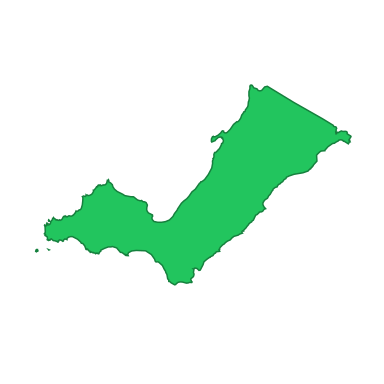 Yorke Peninsula, South Australia, Australia, rotated 31°
{"feature_id": "25037944B39877699410120", "entity_name": "Yorke Peninsula", "entity_type": "district", "adm_level": 2, "iso_a3": "AUS", "parent_name": "Australia", "parent_adm1": "South Australia", "projection": "albers", "projection_center": [137.377, -34.732], "detail": "fine", "context": "isolated", "style": "filled", "palette": "green", "viewbox_px": 384, "rotation_deg": 31, "n_neighbors": 0, "source": "geoboundaries", "source_scale": "gbopen_adm2", "svg_char_len": 6021}
<svg xmlns="http://www.w3.org/2000/svg" viewBox="0 0 384 384"><g transform="rotate(31 192 192)"><path d="M266.1,62.0L233.3,62.8L202.1,62.6L200.2,64.5L199.4,69.1L198.1,70.4L196.4,70.9L194.5,70.1L191.4,70.9L188.7,69.6L187.9,69.7L187.6,70.4L187.1,70.4L187.1,71.4L188.4,73.5L189.1,76.6L191.3,80.3L192.8,81.9L193.8,84.6L193.9,85.7L195.5,89.0L195.8,90.5L195.5,94.2L196.0,95.7L195.1,96.7L195.3,98.2L195.0,100.4L195.7,103.5L195.6,106.4L195.2,107.9L194.7,108.6L194.2,108.7L192.8,112.7L192.5,118.6L191.5,122.7L190.7,123.9L189.7,124.4L188.4,124.4L187.7,123.5L186.6,123.9L186.3,124.6L186.2,126.6L185.1,129.9L183.4,132.7L182.1,133.5L181.6,133.3L181.1,134.1L181.3,136.4L182.5,138.6L183.2,139.0L185.4,136.0L185.4,135.0L186.4,131.8L187.7,130.4L188.4,130.1L189.2,130.3L188.8,129.9L189.3,129.7L190.4,129.9L190.8,130.3L190.0,129.9L192.2,131.5L192.7,132.2L193.1,134.4L192.4,135.2L192.9,136.6L193.2,140.9L192.7,142.0L192.7,143.7L192.3,144.2L192.0,146.0L191.2,146.3L191.1,146.9L191.4,148.5L192.7,150.5L193.0,151.8L192.7,152.5L193.3,152.9L193.6,154.9L194.9,156.8L196.6,161.3L197.0,168.6L196.4,174.9L195.2,177.9L194.3,178.7L194.4,179.6L193.9,180.7L193.4,187.9L191.9,191.9L191.6,197.2L191.0,200.5L189.6,203.9L188.7,207.2L188.4,213.9L188.6,215.3L188.1,219.5L188.3,222.8L187.1,227.6L184.5,231.1L181.3,233.8L178.0,235.7L174.5,236.9L172.2,236.1L171.4,235.4L170.8,234.5L170.7,232.8L170.0,232.6L169.8,232.0L165.4,232.4L163.6,231.6L162.4,230.7L161.3,228.7L160.5,226.2L158.1,224.7L156.6,224.8L154.8,225.6L153.2,225.2L152.2,226.2L149.4,226.9L144.4,226.2L141.7,227.7L136.3,229.7L133.8,229.6L127.6,230.1L124.0,229.5L121.4,228.2L120.0,226.8L117.8,226.2L115.3,226.1L114.7,224.9L114.2,224.6L114.3,225.3L113.4,225.5L114.3,228.3L114.1,230.2L112.8,231.6L112.5,231.5L111.9,232.0L111.4,233.0L110.6,233.5L110.1,233.2L109.9,233.6L109.6,233.4L108.6,234.0L108.7,234.4L108.1,234.5L108.0,235.7L108.3,236.2L107.5,236.6L107.5,238.5L107.0,240.9L106.5,241.3L107.2,241.9L107.4,243.7L107.2,245.6L106.7,246.5L106.1,247.5L104.8,248.6L103.8,248.5L103.2,249.1L102.7,249.0L103.1,249.8L102.7,250.9L101.2,251.2L100.4,252.4L101.4,253.0L103.0,256.0L104.6,259.5L105.6,263.2L105.4,264.6L104.4,265.6L104.1,266.9L103.1,268.1L102.4,268.0L102.7,270.3L102.5,270.5L102.3,272.7L102.0,272.8L101.9,273.6L100.9,275.0L98.8,275.7L97.7,277.7L96.5,278.0L96.1,277.7L95.9,278.4L95.1,278.4L95.1,279.0L94.5,279.2L94.6,282.7L93.6,284.2L92.9,284.0L92.4,285.0L91.6,285.1L91.1,285.5L90.6,285.3L89.9,286.0L89.1,285.6L87.5,285.7L86.5,285.2L86.5,286.0L86.1,286.4L86.4,286.8L86.5,288.4L86.1,290.0L86.7,291.2L86.7,293.1L86.0,294.1L85.3,294.4L83.8,294.0L83.8,294.6L84.4,294.6L83.9,295.0L84.4,294.9L84.7,295.6L84.2,296.5L82.7,296.2L82.7,296.5L83.9,297.4L86.6,301.5L87.1,302.5L87.0,303.1L87.3,303.5L87.1,303.9L88.5,304.1L88.5,305.0L90.8,304.9L92.0,306.2L92.5,307.0L92.4,307.4L92.8,307.6L93.3,306.9L93.7,306.8L94.1,307.3L94.7,306.7L94.7,306.3L95.2,306.1L95.1,305.3L95.6,304.6L98.1,305.1L100.4,304.1L101.0,304.3L101.9,303.8L102.5,304.1L103.0,303.9L102.7,303.1L103.1,302.5L102.8,302.2L103.1,301.3L104.8,300.7L106.7,300.8L107.0,300.2L106.6,299.4L107.2,297.7L109.4,297.2L108.8,296.2L109.4,294.3L111.0,292.7L112.6,291.8L118.2,291.4L122.2,292.2L123.5,292.9L125.0,292.4L127.9,293.5L130.7,295.8L131.0,295.7L130.8,295.5L130.9,295.0L131.9,294.7L133.8,295.6L134.8,295.4L135.6,296.0L135.8,295.6L136.1,295.9L136.5,295.3L138.5,295.1L138.8,294.6L139.2,294.8L140.2,294.3L141.1,294.6L141.7,293.5L142.4,293.5L142.7,293.0L143.5,293.2L143.9,293.0L143.8,290.6L144.3,289.7L143.8,288.8L146.0,285.4L148.5,282.2L151.1,280.6L151.7,279.8L156.2,278.7L161.7,280.6L163.3,279.9L167.9,280.5L170.0,279.5L169.9,279.2L169.4,279.1L169.8,279.3L168.5,279.9L167.8,279.6L169.2,279.2L168.8,276.7L170.7,273.6L174.3,270.8L182.5,266.3L189.4,266.5L194.5,268.8L196.2,270.3L197.1,270.5L198.8,269.4L199.6,269.3L204.4,270.2L208.8,273.0L209.4,273.0L211.2,274.6L213.0,275.6L215.9,279.0L217.1,279.2L218.2,280.6L219.1,280.2L220.8,280.6L224.9,280.5L225.7,279.7L225.7,278.9L226.6,276.6L228.1,275.2L230.2,274.1L234.1,273.0L235.5,272.0L236.3,270.9L238.4,269.7L238.4,269.1L237.9,269.1L235.9,267.5L235.7,266.8L236.6,264.6L236.7,263.1L236.0,261.3L234.7,260.3L233.6,257.5L232.8,257.3L233.4,257.0L233.3,256.1L234.3,255.4L235.8,255.0L238.4,255.6L239.3,254.7L238.9,248.6L238.2,245.7L239.3,242.3L240.4,239.6L241.2,238.6L241.0,238.2L242.7,235.7L242.7,234.2L243.0,233.1L243.6,232.2L243.5,231.6L243.8,230.6L246.3,228.6L244.8,227.4L245.2,226.8L244.8,226.5L244.7,224.9L245.5,221.5L246.4,219.9L246.7,218.2L247.7,215.8L249.5,213.3L249.8,211.1L250.8,208.4L253.8,205.2L254.5,203.6L256.4,201.3L255.7,201.1L255.2,200.0L255.4,199.2L256.4,198.9L256.0,198.0L256.8,194.7L256.8,193.4L257.3,190.7L257.1,190.1L258.0,187.7L258.5,187.1L258.5,185.7L259.1,184.5L258.5,179.1L259.4,177.8L260.1,175.3L260.1,174.5L261.8,173.2L262.5,172.1L262.7,169.6L263.7,168.4L261.2,167.6L259.2,166.2L258.4,164.7L258.4,162.2L258.7,160.8L259.9,158.5L259.7,155.7L260.2,153.8L260.1,149.8L260.4,148.7L260.1,148.3L260.1,147.6L260.8,145.5L262.4,143.6L262.1,142.7L262.3,141.0L263.4,139.3L263.4,138.4L264.4,136.4L264.5,134.0L265.6,132.1L265.3,130.8L267.0,128.2L270.4,124.2L277.2,118.4L280.7,114.2L280.8,113.0L281.6,111.2L281.4,111.0L281.8,110.7L281.7,109.5L282.1,109.1L282.0,108.0L282.4,107.2L282.2,106.1L283.2,101.2L279.9,96.4L279.9,95.5L280.9,91.7L281.7,90.3L284.6,88.2L284.4,87.9L285.2,83.2L287.5,78.0L288.9,76.9L290.1,74.3L290.9,73.4L291.2,71.9L292.8,70.5L294.6,70.1L295.6,70.5L295.9,70.1L301.2,70.2L301.2,68.1L300.3,67.2L301.3,67.2L299.7,65.7L299.8,62.7L299.3,62.3L295.0,62.2L294.3,61.0L293.5,60.6L292.4,60.9L290.1,62.4L288.5,62.8L286.7,65.8L285.6,66.0L285.9,67.6L285.5,68.0L284.1,66.4L284.0,65.2L283.4,64.5L283.2,62.9L281.9,62.1L279.8,62.8L278.6,62.1L266.1,62.0ZM88.9,322.2L88.5,322.9L88.6,323.4L89.4,323.4L89.4,322.5L89.7,322.8L90.2,322.3L90.3,321.8L89.5,321.6L89.2,320.9L88.4,321.3L88.2,322.1L88.9,322.2ZM84.8,290.5L84.3,289.8L83.5,289.7L83.7,290.4L84.3,290.8L84.8,290.5ZM83.9,293.3L84.2,293.7L84.5,293.3L83.9,293.3ZM98.7,315.3L99.2,315.5L99.4,315.2L98.7,315.3Z" fill="#22c55e" stroke="#15803d" stroke-width="1.5"/></g></svg>